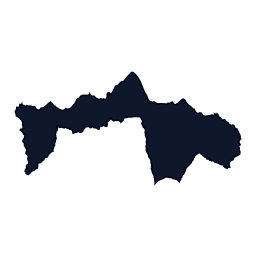 Situbondo, Jawa Timur, Indonesia (Robinson projection)
{"feature_id": "22746128B65817775308435", "entity_name": "Situbondo", "entity_type": "district", "adm_level": 2, "iso_a3": "IDN", "parent_name": "Indonesia", "parent_adm1": "Jawa Timur", "projection": "robinson", "projection_center": [113.954, -7.799], "detail": "fine", "context": "isolated", "style": "filled", "palette": "ink", "viewbox_px": 256, "rotation_deg": 0, "n_neighbors": 0, "source": "geoboundaries", "source_scale": "gbopen_adm2", "svg_char_len": 5857}
<svg xmlns="http://www.w3.org/2000/svg" viewBox="0 0 256 256"><path d="M229.7,167.1L229.0,164.5L229.2,162.9L229.6,161.8L231.4,160.4L233.0,159.7L233.4,158.2L234.3,157.1L239.2,154.5L239.7,154.1L239.9,153.2L239.8,151.3L239.3,150.0L239.2,147.8L238.8,146.7L238.5,146.9L238.2,146.3L238.6,145.4L239.9,145.1L240.1,144.4L239.4,143.6L239.3,143.0L238.6,142.9L238.6,142.4L238.2,142.2L239.6,140.4L239.8,139.1L240.2,138.6L240.6,138.7L240.6,138.4L239.7,137.5L239.8,136.8L240.1,136.8L240.0,135.6L238.7,132.8L238.2,132.4L238.3,131.4L237.5,131.1L236.9,129.3L236.0,130.2L235.7,129.9L235.8,128.5L235.0,128.3L234.4,127.7L234.5,126.6L234.0,125.9L233.0,125.2L233.0,125.6L232.3,126.3L231.3,126.1L230.8,125.0L229.8,125.0L229.1,124.5L227.9,122.6L226.4,122.0L224.8,119.8L222.0,120.1L220.5,118.0L218.9,117.2L218.1,114.8L218.2,115.3L218.2,116.1L217.1,115.6L217.2,114.7L217.3,114.9L217.7,114.6L217.5,114.3L217.1,114.6L214.7,113.8L215.3,115.1L216.7,115.3L216.4,116.1L214.6,115.1L212.8,115.3L211.2,115.1L210.7,115.4L210.6,115.9L208.0,115.8L205.7,116.4L203.2,115.8L201.0,113.0L199.8,112.9L198.7,113.4L196.9,113.4L195.1,111.5L194.3,109.6L194.2,109.8L193.6,109.6L190.3,106.4L188.2,105.0L186.1,102.5L184.8,100.1L183.4,99.1L182.2,99.5L177.9,103.4L175.2,104.9L173.9,104.3L172.3,102.0L169.7,103.5L167.9,103.2L167.5,104.1L160.7,103.7L158.5,103.9L156.8,103.7L154.2,101.9L152.7,102.5L149.4,101.3L148.4,100.4L146.8,96.1L144.4,92.2L140.2,81.7L137.9,77.7L135.2,74.3L132.9,72.4L131.8,72.4L131.1,72.9L127.2,77.0L123.8,81.5L123.1,81.8L122.1,81.6L120.5,82.5L120.2,83.4L119.8,83.7L119.5,83.6L118.5,85.2L116.0,85.8L115.1,87.0L114.6,88.9L114.2,89.0L112.4,92.7L111.3,93.8L110.4,94.3L109.0,92.7L107.9,93.0L107.6,93.8L108.0,94.5L107.2,94.4L107.2,96.6L106.8,98.0L106.2,98.9L106.4,99.2L105.6,100.0L103.7,98.9L103.3,99.0L103.4,99.6L102.9,100.0L101.0,98.8L98.9,99.6L97.1,98.6L96.7,98.7L95.9,98.2L95.4,97.4L94.9,97.4L94.3,96.4L93.3,96.1L92.3,96.4L91.3,95.9L90.0,94.8L89.7,94.0L89.5,94.5L88.2,95.4L82.9,95.3L80.7,96.2L79.3,98.4L77.7,98.8L76.8,99.6L76.6,100.4L75.3,103.1L71.2,107.9L69.8,108.8L68.3,109.2L66.9,109.2L65.9,108.6L65.7,109.2L64.3,109.7L64.2,110.1L62.9,110.6L60.2,109.9L55.5,107.0L55.1,106.3L54.6,106.5L54.0,105.9L53.8,106.1L52.9,104.5L52.0,103.5L51.0,102.9L50.6,102.1L48.6,103.4L46.7,105.3L44.2,107.1L43.8,107.1L44.0,107.2L43.0,108.0L41.0,108.2L40.9,108.7L38.9,110.3L36.6,109.4L35.4,108.4L34.8,106.7L34.1,106.5L33.0,107.1L31.2,106.1L28.5,106.2L27.0,105.5L25.4,106.4L24.8,106.4L24.3,105.7L22.0,104.9L21.7,104.7L21.7,104.1L21.3,104.7L19.9,104.5L19.6,107.0L18.7,107.5L17.0,107.2L16.7,107.6L16.7,109.2L15.4,111.2L15.5,112.5L16.2,114.1L16.3,115.8L19.8,117.9L21.0,119.5L21.8,120.0L22.9,123.2L22.6,125.2L23.0,125.8L23.2,127.9L23.7,128.1L22.5,129.0L20.5,129.4L20.2,129.9L22.4,131.8L23.7,133.7L23.6,134.1L25.1,135.2L24.5,137.7L23.1,140.3L22.8,141.3L24.6,143.6L24.4,145.4L26.6,149.3L26.8,151.3L26.2,152.0L26.0,153.3L28.1,155.6L28.2,156.8L27.8,159.0L28.8,161.8L28.5,164.2L27.2,164.8L26.6,165.9L26.5,166.9L26.9,168.1L26.0,168.9L25.0,171.2L25.9,172.2L27.8,172.0L27.6,172.7L26.2,173.2L26.1,173.5L28.2,174.5L30.2,172.8L31.6,171.1L33.4,170.6L34.4,170.0L35.2,168.9L37.4,168.0L37.7,166.0L37.5,164.5L38.1,163.1L40.7,162.4L40.8,161.9L41.7,161.5L42.2,160.6L43.6,159.9L44.6,157.9L46.0,157.1L47.3,156.9L48.2,154.8L49.2,153.7L49.1,153.1L49.4,152.6L50.3,152.8L51.4,151.6L52.9,151.2L52.9,148.9L53.4,148.3L53.5,147.3L54.6,145.0L54.4,143.6L55.2,141.6L55.7,139.0L56.1,138.6L56.0,138.1L55.5,138.0L55.9,137.4L55.3,134.1L55.9,132.8L55.9,131.0L56.6,130.8L57.3,129.6L57.4,128.3L57.1,125.8L57.4,125.2L58.5,125.4L59.0,126.4L58.8,127.0L59.3,127.3L62.0,127.1L64.1,127.9L64.5,127.6L64.6,126.9L67.9,128.4L68.3,128.1L69.0,128.3L69.5,129.2L70.9,129.2L72.6,130.6L73.0,133.1L73.7,133.1L74.9,132.1L76.6,132.2L78.0,131.5L78.8,131.5L80.0,132.1L81.2,132.1L81.9,131.9L82.9,130.7L83.4,129.3L84.5,128.3L84.9,127.2L86.0,126.8L88.8,126.4L89.9,127.4L90.8,127.7L91.6,127.0L91.7,126.0L92.0,125.8L93.5,127.5L94.3,127.8L95.2,127.4L95.9,127.9L96.9,127.9L97.2,128.4L97.7,128.4L97.6,128.9L98.7,129.3L99.3,128.4L99.0,128.0L99.1,127.1L99.6,126.7L102.0,126.2L102.4,125.2L105.0,125.7L105.3,126.3L106.5,126.3L107.0,126.0L106.8,125.5L107.3,124.4L106.8,121.6L108.1,121.4L109.4,120.2L110.6,118.4L112.8,120.2L113.4,120.2L113.7,120.8L116.7,120.2L117.5,120.5L118.1,120.2L120.5,121.4L120.8,122.2L122.9,120.4L124.1,117.9L124.6,116.0L124.8,116.8L126.0,117.7L127.9,117.0L131.1,117.0L134.1,116.5L139.7,116.7L140.9,117.3L141.8,119.7L142.9,120.0L142.9,120.8L141.8,123.5L142.5,125.1L142.9,125.3L143.3,127.1L144.8,128.2L145.2,129.1L145.5,130.4L145.1,132.7L145.6,133.8L145.4,135.3L145.7,135.6L147.0,140.0L146.7,140.3L146.8,141.0L146.4,141.3L146.6,145.0L146.1,146.2L146.5,146.8L146.2,147.5L146.6,149.1L146.2,149.9L146.5,150.2L146.6,151.7L147.2,152.0L147.8,153.8L148.7,154.8L148.8,156.7L150.9,159.7L151.1,163.0L151.6,163.9L151.6,166.3L152.1,167.3L151.5,168.1L151.8,168.9L151.5,169.0L152.2,170.6L152.4,172.4L154.0,175.1L154.4,176.9L154.2,177.5L155.1,178.7L154.8,179.3L154.7,180.9L155.1,181.8L155.1,183.6L158.5,180.2L164.1,177.9L164.8,177.1L167.0,176.9L169.8,177.5L171.5,177.6L173.1,178.7L174.2,178.5L174.9,179.0L176.3,179.2L178.1,180.4L178.7,181.3L179.4,181.8L179.7,180.6L180.5,179.6L181.0,177.6L181.6,177.1L182.8,174.5L183.5,174.2L184.9,171.4L186.1,167.8L191.3,162.6L191.3,161.2L192.5,160.6L193.1,159.7L193.0,158.9L194.2,157.2L194.3,156.2L195.6,155.3L196.8,153.8L197.2,153.9L198.3,152.9L199.4,152.6L200.2,152.8L201.4,153.7L201.3,154.1L202.0,154.4L203.0,155.6L204.4,156.1L204.4,156.7L206.1,157.5L206.8,158.9L208.5,159.1L208.7,158.7L209.6,159.5L209.7,160.2L210.6,160.1L211.5,160.9L213.0,160.6L214.1,161.1L214.9,162.2L216.8,162.3L217.0,162.8L218.3,163.0L218.9,163.6L221.2,164.7L222.8,164.6L223.4,165.1L223.9,166.3L225.3,167.6L226.5,168.0L226.9,168.4L227.3,168.3L227.1,167.6L227.3,167.9L227.7,167.3L228.5,167.2L228.6,166.8L229.7,167.1Z" fill="#0f172a" stroke="#020617" stroke-width="1.5"/></svg>